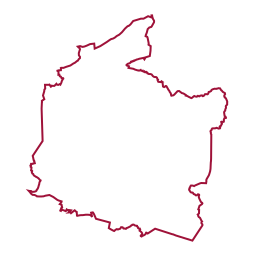 El Arenal, Hidalgo, Mexico (Mercator projection)
{"feature_id": "50627088B4144789748082", "entity_name": "El Arenal", "entity_type": "district", "adm_level": 2, "iso_a3": "MEX", "parent_name": "Mexico", "parent_adm1": "Hidalgo", "projection": "mercator", "projection_center": [-98.879, 20.225], "detail": "fine", "context": "isolated", "style": "outline", "palette": "rose", "viewbox_px": 256, "rotation_deg": 0, "n_neighbors": 0, "source": "geoboundaries", "source_scale": "gbopen_adm2", "svg_char_len": 5706}
<svg xmlns="http://www.w3.org/2000/svg" viewBox="0 0 256 256"><path d="M32.5,194.8L34.7,195.0L37.0,196.2L37.1,196.4L41.0,196.5L43.6,196.3L45.4,195.7L49.4,195.0L53.3,197.0L57.2,199.8L58.6,200.5L61.6,201.4L61.5,202.0L59.8,204.1L61.6,204.8L61.8,206.0L62.2,207.5L61.8,208.0L61.4,207.9L60.3,210.6L60.9,210.9L61.4,209.7L63.7,210.3L65.8,211.2L66.7,209.4L68.2,210.6L68.7,210.0L70.9,210.3L69.4,212.2L69.1,212.4L70.3,212.3L71.0,213.2L74.6,210.3L75.1,210.6L75.8,211.5L76.7,211.9L77.0,215.7L77.2,215.8L80.2,215.2L83.1,215.1L86.0,214.7L89.3,214.8L90.6,215.2L92.2,216.9L91.1,212.7L92.5,212.4L93.0,212.5L94.0,214.2L96.0,218.8L109.9,222.5L108.8,228.1L111.3,229.6L113.8,230.9L114.2,231.0L115.4,229.9L116.7,229.1L116.9,229.1L117.9,229.5L120.2,228.7L121.1,227.2L122.6,227.3L123.5,228.5L124.1,228.4L125.4,228.8L125.9,228.5L126.3,228.6L126.7,228.0L127.7,227.7L130.5,226.3L131.3,225.4L132.1,225.1L132.4,224.7L133.7,224.6L134.9,225.5L136.8,225.8L136.7,226.1L137.2,226.6L138.1,227.3L138.1,228.1L139.0,228.7L139.8,228.6L140.2,229.5L139.6,230.7L141.3,232.0L142.2,233.3L142.1,234.3L140.8,235.5L140.7,235.8L140.8,236.1L141.6,236.5L142.2,236.0L144.0,235.2L145.5,234.2L146.1,232.7L146.6,232.7L147.7,233.5L155.1,228.7L172.2,234.2L173.2,234.4L175.9,235.5L192.4,240.6L202.4,225.4L202.4,224.4L201.5,223.3L201.4,222.9L201.7,221.6L202.0,221.4L201.4,220.6L200.0,217.8L198.8,217.0L198.3,216.3L198.3,215.7L198.1,215.4L198.1,214.8L197.8,214.5L199.0,213.4L199.1,209.8L198.3,209.4L199.5,205.8L202.0,204.1L202.4,203.4L202.2,202.9L200.9,201.9L199.3,198.6L198.8,197.2L198.8,196.3L199.2,195.1L199.1,194.7L198.6,194.4L197.9,194.3L196.9,195.2L196.1,195.4L195.7,195.3L194.7,194.3L193.7,194.1L192.8,192.7L192.4,192.5L191.2,192.5L190.5,192.0L189.1,189.8L189.3,188.8L189.5,188.8L189.7,188.6L189.6,188.1L189.8,187.4L190.3,186.7L190.6,185.9L191.0,185.5L192.9,185.6L194.1,186.1L195.0,185.5L200.1,183.3L201.4,183.0L206.1,183.2L206.4,181.2L206.3,180.0L206.7,179.0L208.4,176.1L209.0,175.0L210.1,171.4L210.5,168.9L210.8,162.6L211.0,160.9L211.1,158.5L211.3,134.4L210.9,133.8L210.9,132.4L210.5,131.7L210.5,131.3L210.7,130.7L211.2,130.5L211.6,129.9L211.7,129.2L212.3,128.4L215.3,128.3L216.5,127.8L218.7,128.6L220.0,128.3L220.2,127.8L219.7,126.9L219.7,126.5L220.0,126.2L221.1,125.7L221.2,125.0L222.0,123.8L221.9,123.5L221.5,123.1L221.2,121.9L221.5,121.7L222.3,121.9L223.5,121.9L223.8,121.7L223.9,120.9L223.8,119.9L224.3,118.4L224.5,118.1L225.9,118.0L226.0,117.8L225.5,116.6L224.6,116.0L224.1,112.5L224.3,111.6L225.2,110.6L225.3,109.3L226.0,107.9L225.8,106.3L226.1,105.6L227.0,104.8L227.2,104.3L227.1,102.7L227.3,102.0L227.0,100.9L225.9,98.3L224.7,97.4L224.7,96.8L224.3,96.4L224.3,95.4L225.1,94.2L224.9,93.1L223.5,92.3L222.7,91.8L221.8,90.6L221.4,90.4L220.8,89.7L220.1,88.4L218.4,88.2L217.4,88.6L216.5,88.7L216.2,88.9L214.7,88.7L212.7,89.3L211.6,89.9L211.1,91.0L210.1,91.6L208.7,92.0L208.2,93.7L207.5,94.3L206.1,94.1L205.0,94.2L204.0,95.6L203.1,96.1L202.6,96.1L202.3,95.5L201.4,95.4L200.2,95.7L199.5,96.3L199.0,96.3L197.9,95.8L197.5,96.0L197.0,96.6L196.5,96.7L195.0,96.4L194.3,96.0L193.7,96.3L192.2,97.7L191.3,98.1L188.4,96.7L187.5,96.1L185.8,95.6L186.0,95.1L184.0,93.8L182.9,93.3L181.9,93.1L179.1,91.0L177.5,91.2L174.3,94.6L173.4,95.3L171.4,95.7L171.1,95.1L170.8,93.4L169.6,91.7L169.3,90.8L168.5,89.9L166.5,86.3L166.0,86.0L165.4,86.1L164.8,86.8L164.1,87.1L163.0,86.5L162.7,83.7L162.4,82.4L161.9,81.9L162.2,81.8L161.5,81.3L160.9,82.1L158.3,81.8L157.6,80.2L158.0,79.6L157.3,78.9L157.0,77.8L156.5,77.3L155.9,77.0L155.0,77.1L153.9,76.8L152.8,76.0L151.7,74.5L150.7,74.1L148.8,74.0L147.3,73.3L147.4,72.7L146.5,72.0L146.1,71.8L145.2,72.3L144.4,71.4L144.0,71.8L142.7,71.2L142.7,70.7L141.8,70.8L141.2,70.7L140.7,69.9L139.3,70.6L138.7,70.6L138.4,70.4L137.7,70.4L134.8,69.5L133.4,68.8L128.5,67.9L129.0,66.3L126.8,65.5L126.5,65.2L126.5,64.9L127.8,63.8L129.7,63.2L131.0,62.2L131.3,61.8L131.2,61.6L132.4,61.2L132.5,61.5L134.3,60.8L134.3,60.4L135.7,60.1L136.4,59.6L137.8,59.3L139.5,58.7L140.6,58.5L143.9,57.8L144.1,59.0L144.4,59.4L145.3,57.9L145.1,57.5L149.8,56.0L150.5,50.9L150.7,46.1L148.5,44.7L148.7,43.3L147.6,37.8L147.2,36.8L145.6,36.2L145.8,35.1L146.8,32.6L147.7,29.1L149.3,27.5L151.3,26.9L151.7,26.4L154.0,22.3L154.1,21.1L154.0,20.6L153.1,19.2L152.8,18.4L152.2,16.4L152.1,15.4L151.5,15.4L151.6,17.5L148.1,16.2L143.5,18.7L140.8,18.7L133.2,21.0L130.4,24.5L128.7,25.9L127.6,26.2L125.0,28.6L121.9,32.3L119.2,34.7L116.6,36.1L115.1,37.4L113.6,38.3L112.7,38.7L111.3,39.0L109.8,39.9L106.8,42.0L100.3,46.1L94.7,48.6L94.2,43.6L90.1,44.1L86.6,45.7L84.5,46.5L82.6,46.9L80.1,46.1L77.8,46.6L78.6,47.5L79.5,48.0L80.0,49.2L78.8,53.1L78.9,55.3L80.0,56.9L79.9,58.2L78.8,59.1L77.8,60.7L77.2,60.9L74.7,62.9L73.5,63.4L70.4,65.5L66.3,66.8L63.4,67.9L61.9,67.8L60.9,67.9L60.8,68.0L61.0,68.5L60.9,70.2L58.8,70.3L57.4,70.7L57.4,70.9L58.5,71.5L58.4,74.8L59.4,74.7L59.8,76.3L60.8,76.6L61.1,77.0L61.6,78.2L63.0,78.1L63.3,78.4L63.3,78.7L62.8,79.2L61.7,81.3L61.4,82.6L60.4,84.6L59.8,84.1L58.3,84.9L57.0,84.7L56.4,83.8L54.4,85.9L53.1,85.9L51.7,85.7L51.7,86.0L50.9,86.7L49.4,84.6L49.0,84.8L45.0,84.8L45.2,88.6L44.4,89.6L44.2,91.4L43.0,95.5L44.3,99.2L41.9,100.8L42.0,102.2L41.9,102.3L41.6,108.6L42.6,141.0L32.7,155.9L33.0,156.9L33.6,159.9L33.9,160.8L34.2,160.8L34.8,163.2L33.4,163.4L33.4,164.4L33.2,163.9L31.1,163.9L31.1,164.9L31.0,165.4L30.5,165.4L30.4,165.6L30.7,166.2L30.7,166.9L31.3,167.2L31.5,167.6L31.1,170.4L32.0,170.7L32.2,171.0L31.8,172.2L32.3,173.5L33.2,174.0L33.7,175.2L34.1,175.6L35.4,176.4L35.7,176.7L36.4,176.9L38.5,178.3L40.1,180.2L40.6,180.4L40.6,180.6L39.5,182.2L39.1,184.7L38.9,184.9L38.3,187.2L37.7,188.7L36.7,189.8L36.6,190.5L35.8,191.3L34.4,191.7L32.5,191.9L31.8,191.6L31.0,191.0L29.6,191.0L28.7,190.8L30.0,192.2L30.9,193.5L32.5,194.8Z" fill="none" stroke="#9f1239" stroke-width="2"/></svg>